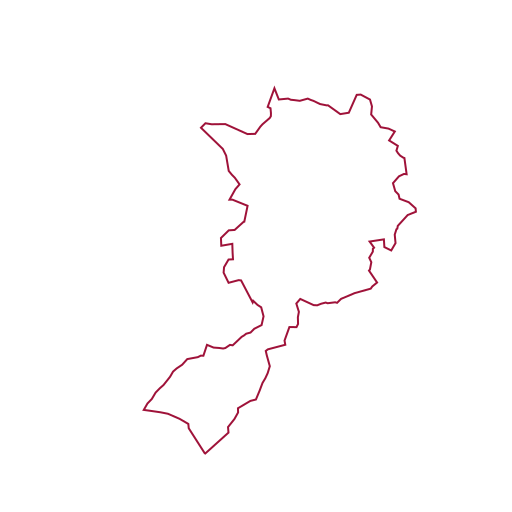 Langtang North, Plateau, Nigeria, rotated 33°
{"feature_id": "59680162B43697273286299", "entity_name": "Langtang North", "entity_type": "district", "adm_level": 2, "iso_a3": "NGA", "parent_name": "Nigeria", "parent_adm1": "Plateau", "projection": "mercator", "projection_center": [9.819, 9.049], "detail": "fine", "context": "isolated", "style": "outline", "palette": "rose", "viewbox_px": 512, "rotation_deg": 33, "n_neighbors": 0, "source": "geoboundaries", "source_scale": "gbopen_adm2", "svg_char_len": 2253}
<svg xmlns="http://www.w3.org/2000/svg" viewBox="0 0 512 512"><g transform="rotate(33 256 256)"><path d="M180.1,105.3L184.6,124.6L187.7,124.2L190.7,128.0L192.3,130.6L192.4,132.6L189.7,142.0L189.2,145.1L188.8,154.0L182.4,158.4L158.4,162.1L147.0,169.7L141.3,172.2L140.0,178.4L140.4,178.5L169.9,184.3L176.3,188.1L186.8,199.5L191.5,201.0L195.6,201.9L203.2,204.9L202.3,211.2L203.1,223.2L205.5,221.6L221.6,218.5L227.5,233.6L227.0,234.0L223.9,245.8L219.2,249.3L216.8,260.0L221.3,266.3L229.5,258.7L234.6,266.0L238.5,271.3L234.9,273.9L235.3,282.8L237.9,287.6L247.6,293.4L254.6,285.7L256.8,284.6L278.5,296.8L278.1,295.1L283.9,296.2L288.3,296.2L295.2,302.5L298.3,310.9L294.4,317.6L294.2,317.9L293.1,323.2L290.1,326.5L289.2,329.2L288.0,331.6L285.1,343.6L282.6,344.7L280.4,349.9L278.8,351.5L275.2,353.2L270.3,355.9L263.3,357.2L266.2,368.3L264.0,369.6L262.3,372.5L254.5,379.9L253.3,387.4L250.7,393.5L249.4,398.1L249.7,404.1L248.7,414.6L247.4,419.2L246.2,425.2L246.5,432.7L245.3,438.8L245.7,446.2L252.1,443.2L261.0,439.1L268.0,436.3L280.5,434.2L290.7,433.7L293.4,437.1L320.3,449.3L321.0,449.3L329.1,419.1L325.7,414.7L326.7,404.5L326.2,397.0L323.8,393.5L330.2,380.6L334.1,376.4L332.3,366.6L331.5,363.0L330.6,358.9L330.4,353.5L329.6,347.9L327.6,340.9L319.1,333.4L315.9,330.3L316.8,327.8L328.9,314.5L326.0,311.4L322.7,297.4L328.7,293.6L328.3,290.1L324.5,284.6L322.4,279.5L315.7,273.9L316.5,267.9L331.1,265.8L334.2,264.0L336.6,260.6L339.8,257.1L341.8,256.6L347.6,251.7L349.5,251.1L350.7,245.6L358.7,233.8L358.7,233.7L370.0,220.9L370.1,218.2L372.0,212.3L358.7,206.7L358.9,205.3L356.1,198.4L351.9,195.8L351.6,188.7L350.1,186.3L350.5,184.7L343.4,182.0L354.2,172.4L358.8,178.6L366.4,177.7L366.0,169.2L360.7,162.5L359.2,157.1L359.6,156.1L358.5,153.5L360.9,139.0L366.0,131.8L363.9,129.1L354.8,127.7L345.2,129.8L342.1,126.8L337.5,125.8L331.2,120.3L332.5,111.3L335.4,106.6L337.8,105.4L327.1,93.0L326.1,93.3L322.2,93.3L319.1,92.4L316.4,91.2L315.0,86.4L304.7,86.6L304.6,76.0L297.7,77.0L290.4,80.1L285.8,77.8L275.5,74.6L271.8,67.4L266.4,62.7L255.9,63.6L252.7,66.0L255.8,85.3L249.4,91.1L234.4,90.4L233.2,91.2L226.9,93.7L219.7,94.6L216.9,95.3L213.7,95.8L208.2,102.0L203.2,104.4L200.1,106.0L197.2,106.5L189.9,112.3L180.1,105.3Z" fill="none" stroke="#9f1239" stroke-width="2"/></g></svg>